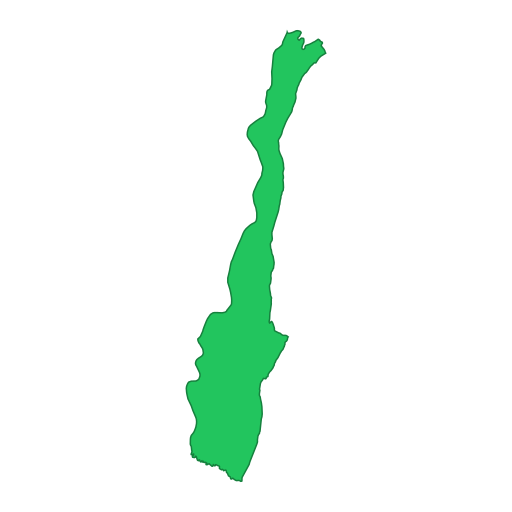 outline of Suaréz, Tolima, Colombia
{"feature_id": "7082276B98647828485623", "entity_name": "Suaréz", "entity_type": "district", "adm_level": 2, "iso_a3": "COL", "parent_name": "Colombia", "parent_adm1": "Tolima", "projection": "natural_earth1", "projection_center": [-74.802, 4.081], "detail": "fine", "context": "isolated", "style": "filled", "palette": "green", "viewbox_px": 512, "rotation_deg": 0, "n_neighbors": 0, "source": "geoboundaries", "source_scale": "gbopen_adm2", "svg_char_len": 6000}
<svg xmlns="http://www.w3.org/2000/svg" viewBox="0 0 512 512"><path d="M287.2,32.2L287.1,32.7L282.9,41.8L282.3,44.5L281.5,45.6L278.7,48.0L276.6,49.3L275.6,50.1L274.0,52.9L273.4,54.8L272.3,67.0L271.7,71.8L272.0,78.7L271.8,84.1L271.6,85.3L269.6,89.3L267.7,90.3L267.3,90.9L267.0,91.6L266.8,92.9L266.8,94.8L265.7,100.6L265.6,101.4L265.7,102.6L266.7,105.6L266.7,107.6L265.8,110.6L265.5,112.3L265.1,113.9L263.8,116.2L262.9,117.1L260.4,118.2L255.8,121.2L250.5,125.3L249.0,127.1L248.4,128.3L247.4,132.1L247.2,134.5L247.5,136.4L248.8,138.8L250.6,141.1L253.3,145.6L255.2,148.0L257.5,151.3L260.2,159.8L261.2,162.3L262.8,166.8L262.8,168.2L262.6,170.6L261.9,173.3L261.9,174.4L261.6,175.7L260.5,178.0L257.8,182.5L253.8,191.6L253.0,195.0L253.8,201.2L254.3,203.5L255.9,207.7L256.8,212.9L256.8,217.6L256.4,219.9L256.1,220.9L255.5,221.8L254.4,222.7L251.8,224.0L249.8,225.4L246.2,228.6L244.4,230.9L243.1,233.4L241.0,238.7L238.3,244.6L235.2,252.1L232.5,259.4L231.3,261.9L230.7,264.3L229.5,270.9L227.8,278.0L227.8,279.6L227.8,282.3L229.9,289.2L230.6,292.3L231.5,297.5L231.7,300.2L231.6,302.7L231.5,304.0L231.0,305.1L226.9,310.3L226.4,311.4L225.1,312.2L222.3,312.8L220.9,312.8L217.0,312.6L214.4,312.6L212.9,312.9L210.5,314.4L207.6,318.6L206.4,321.1L204.4,326.1L203.1,329.7L202.8,331.1L200.4,336.5L197.8,339.0L198.0,340.7L198.9,342.9L199.9,344.1L200.9,346.0L202.3,348.1L202.9,349.6L203.4,353.1L202.7,355.0L201.5,356.3L198.5,358.2L196.9,359.6L196.1,360.8L195.6,362.4L195.5,363.6L195.8,364.9L196.5,366.1L199.4,372.2L199.9,373.8L200.0,375.0L199.9,376.3L199.5,377.4L199.0,378.9L197.6,380.2L196.0,381.0L191.2,381.2L188.7,382.1L187.9,383.2L187.2,384.7L186.6,386.3L186.3,388.4L186.6,392.2L187.0,394.5L188.0,398.9L191.3,405.9L192.9,410.5L196.0,417.8L196.4,419.4L196.6,421.6L196.5,423.7L195.9,426.9L195.2,429.0L194.2,431.5L193.0,433.4L191.3,435.4L190.6,437.4L190.4,439.2L190.3,444.1L190.6,445.2L191.3,446.5L191.7,450.3L192.0,451.1L191.7,452.6L191.2,453.8L191.1,454.3L191.3,454.7L191.7,454.8L192.3,454.7L193.4,454.0L193.6,454.0L193.7,454.5L193.6,455.0L192.4,456.2L192.4,456.7L192.6,457.2L194.3,457.6L195.1,457.3L195.5,456.3L196.0,456.3L196.3,456.7L197.4,460.0L197.6,460.3L198.4,460.7L198.7,460.5L198.9,460.0L199.5,459.9L200.1,461.3L200.7,461.9L201.0,461.9L201.3,461.8L201.7,460.9L202.0,460.8L202.4,461.9L202.8,462.1L203.1,462.1L203.5,461.6L203.8,462.2L204.2,462.5L205.6,462.3L206.6,462.9L206.9,463.4L206.8,463.6L206.2,463.6L205.9,464.0L206.3,464.7L207.5,464.6L209.0,463.7L209.3,463.7L209.8,464.4L211.9,466.2L212.7,466.2L212.9,465.9L213.3,464.7L214.6,465.8L215.0,465.8L215.3,465.5L215.6,464.7L216.0,464.6L217.3,465.4L219.2,466.1L219.5,466.6L219.4,468.2L219.6,468.6L221.3,469.7L221.6,469.8L222.5,469.4L223.1,469.9L223.7,470.7L225.3,470.1L225.9,470.2L226.2,470.5L226.4,472.1L227.0,472.9L227.4,473.2L228.5,475.9L229.5,476.4L230.3,477.0L230.6,478.4L231.0,479.0L231.8,479.0L232.4,478.3L232.7,478.3L233.1,478.4L234.3,479.5L236.1,480.5L236.7,480.6L238.8,480.4L239.8,480.7L240.7,481.3L241.5,481.2L241.9,481.0L242.0,477.9L242.2,477.2L248.9,464.9L249.3,464.0L249.5,462.9L250.2,460.9L256.6,444.7L257.4,442.3L257.5,441.3L257.4,440.1L257.9,436.2L258.6,434.5L259.4,433.5L259.6,432.0L260.0,431.3L261.3,418.9L261.9,416.8L262.2,414.0L261.9,406.8L261.4,403.0L260.5,399.0L260.2,396.9L259.5,395.6L259.4,394.9L259.4,393.7L259.9,390.2L259.5,389.2L260.4,383.6L261.0,382.0L262.6,379.9L263.4,378.4L265.7,378.8L266.1,378.4L266.3,377.3L267.9,376.5L268.2,374.2L269.8,371.7L271.0,370.6L273.0,367.8L273.4,366.6L274.1,365.5L274.5,363.3L275.6,361.6L275.6,360.8L277.9,357.7L280.6,352.3L280.9,352.1L281.6,350.8L282.5,349.9L283.1,349.1L283.9,347.0L284.3,346.6L284.3,346.0L285.0,344.1L284.9,342.9L285.1,342.4L285.4,341.9L286.4,341.2L287.1,340.2L287.4,339.3L287.7,337.5L288.2,336.9L286.8,335.8L285.9,335.4L282.9,335.3L282.1,334.9L280.0,333.2L278.4,332.8L278.0,332.5L275.0,331.0L274.6,330.6L274.4,329.9L274.4,328.4L274.1,327.1L273.8,326.4L273.3,324.6L272.4,322.4L271.7,321.5L271.2,321.5L269.8,323.1L269.5,322.9L269.2,322.0L269.2,321.0L269.6,319.1L269.9,312.7L270.4,310.3L271.3,303.9L271.2,302.0L271.3,300.9L271.2,299.4L271.5,298.2L271.5,297.7L270.6,295.7L270.4,293.3L269.7,289.7L269.4,285.9L269.7,284.6L270.3,283.7L270.5,283.2L271.0,279.5L271.1,278.0L270.8,275.9L271.2,272.6L271.5,271.7L272.4,270.6L272.9,269.1L273.5,268.2L273.7,266.1L274.0,264.4L274.1,262.4L273.1,256.4L271.9,253.6L271.3,249.8L270.7,248.4L270.3,244.0L271.0,242.0L272.0,240.5L272.3,238.7L271.9,234.7L271.9,232.3L273.8,226.1L274.8,222.3L278.1,212.1L278.7,209.6L279.3,205.6L279.7,204.5L280.2,200.7L280.9,197.8L280.9,196.4L281.8,194.0L282.0,192.2L283.2,190.2L283.3,188.8L283.5,187.6L283.3,182.9L282.9,179.7L283.4,178.1L283.4,176.9L283.3,175.8L283.0,174.5L282.9,172.7L283.2,171.1L283.7,169.3L283.8,168.3L283.5,166.3L283.4,163.8L282.3,158.6L279.9,153.3L278.9,150.1L278.8,148.7L278.9,146.0L278.6,143.6L278.7,142.9L278.4,142.2L278.3,140.5L278.8,139.1L280.3,136.8L281.6,134.1L282.7,129.8L285.8,122.2L287.7,118.4L291.7,111.8L292.3,109.5L292.4,108.3L292.7,107.4L293.3,106.2L293.5,105.4L295.0,102.0L295.6,99.4L295.9,98.3L295.9,97.0L295.6,93.6L296.9,89.9L297.2,87.9L297.9,86.2L298.7,84.7L299.2,83.0L300.9,79.9L301.9,77.3L304.7,73.5L306.0,72.6L306.7,71.8L307.7,70.3L308.1,69.9L309.4,67.8L310.9,65.9L312.3,64.8L314.0,63.0L314.4,62.8L315.8,62.9L318.6,58.5L319.5,57.5L321.0,56.1L325.7,53.2L325.0,51.7L324.7,50.6L323.9,49.2L321.2,45.9L321.4,45.7L321.4,44.7L322.4,43.3L322.3,42.3L320.4,41.3L319.7,40.5L319.8,40.3L318.9,39.6L318.3,39.6L318.1,39.3L314.8,41.6L313.2,42.3L311.7,43.2L309.6,44.2L306.1,45.4L305.6,45.7L305.1,46.6L304.9,48.3L303.8,49.3L303.0,49.4L302.2,48.9L302.0,48.5L301.9,47.5L302.7,44.8L303.5,43.3L303.9,42.0L303.9,39.9L303.7,38.7L303.5,38.4L302.3,38.2L301.6,38.1L301.0,38.4L300.4,38.8L299.3,40.2L298.9,40.1L298.6,39.9L298.0,39.2L297.8,38.6L297.8,37.9L298.0,37.5L299.6,35.9L300.4,34.1L300.9,33.4L301.1,32.9L301.1,32.6L300.6,31.7L300.3,31.4L298.8,30.9L297.2,30.7L296.2,30.8L293.1,32.2L291.1,32.9L289.4,33.3L288.3,33.3L287.8,33.0L287.4,32.7L287.2,32.2Z" fill="#22c55e" stroke="#15803d" stroke-width="1.5"/></svg>